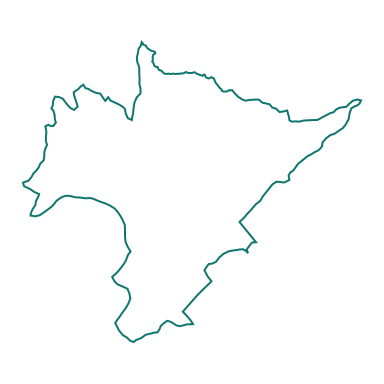 Ainamoi, Rift Valley, Kenya
{"feature_id": "3690345B54801368411234", "entity_name": "Ainamoi", "entity_type": "district", "adm_level": 2, "iso_a3": "KEN", "parent_name": "Kenya", "parent_adm1": "Rift Valley", "projection": "natural_earth1", "projection_center": [35.277, -0.312], "detail": "fine", "context": "isolated", "style": "outline", "palette": "teal", "viewbox_px": 384, "rotation_deg": 0, "n_neighbors": 0, "source": "geoboundaries", "source_scale": "gbopen_adm2", "svg_char_len": 4568}
<svg xmlns="http://www.w3.org/2000/svg" viewBox="0 0 384 384"><path d="M238.1,96.8L234.8,93.4L232.1,90.1L231.0,90.4L229.3,90.1L227.5,91.3L225.6,91.6L224.1,91.5L222.9,91.4L221.8,90.7L221.3,89.0L219.6,87.9L218.6,86.3L217.7,85.2L216.8,84.2L215.7,82.8L215.1,81.7L214.7,80.6L214.3,79.4L213.6,78.3L212.7,77.8L211.2,77.2L209.7,78.1L208.3,78.4L206.1,77.4L205.4,76.5L205.0,75.0L204.1,74.5L202.5,75.8L201.1,75.2L200.0,75.1L198.6,74.3L196.4,73.6L195.1,72.4L193.9,72.3L192.5,72.9L190.7,73.0L189.0,73.0L187.5,72.7L186.0,72.0L184.7,72.8L183.0,73.4L181.0,73.5L179.5,73.7L178.1,73.9L176.3,73.8L174.8,74.0L173.6,73.7L172.3,73.7L171.1,74.0L169.9,73.9L168.7,73.6L166.2,74.0L165.2,73.7L163.9,73.4L162.8,72.2L161.0,70.4L159.9,70.4L158.9,69.8L158.3,68.7L157.6,66.9L156.3,67.0L154.5,65.9L153.8,64.2L153.1,62.4L152.2,61.6L152.8,60.2L152.7,58.3L152.7,56.6L153.2,54.8L154.0,54.0L155.3,53.5L155.0,52.0L153.5,51.3L152.0,51.1L150.8,50.5L149.5,49.7L147.3,48.1L145.8,45.6L144.5,45.0L143.3,44.7L142.8,43.3L141.7,42.1L140.8,45.7L138.5,48.9L138.0,52.8L136.8,57.6L137.3,61.9L139.2,67.4L139.3,74.1L139.6,79.5L139.4,84.1L140.5,88.3L140.5,93.4L136.8,97.3L134.7,102.0L134.4,103.2L133.8,106.3L133.6,108.2L133.3,110.8L133.2,112.6L132.6,115.6L132.1,117.7L131.8,120.0L127.8,118.1L125.7,113.4L125.0,109.4L123.9,107.9L123.0,107.0L119.5,104.8L115.3,102.7L110.4,100.5L108.2,97.2L105.3,100.9L102.6,97.2L100.4,93.7L95.9,92.8L91.3,90.8L88.2,88.8L85.4,88.2L83.4,84.7L80.9,86.3L78.2,89.2L73.7,92.2L74.4,96.6L75.9,100.7L77.7,106.6L74.0,109.9L70.8,108.3L68.0,105.5L65.5,102.4L62.8,98.7L59.4,97.2L55.1,96.6L53.1,101.2L52.7,105.8L51.4,108.5L53.5,110.9L54.6,115.2L54.9,119.6L55.9,122.7L53.1,126.1L49.8,125.7L48.3,124.8L45.3,126.3L46.4,131.9L45.9,137.3L45.9,141.0L47.0,145.0L45.2,149.0L44.3,152.3L44.3,153.6L44.3,155.6L43.7,160.3L40.4,163.5L38.6,167.6L36.5,170.3L35.3,171.6L33.5,173.3L31.7,176.7L28.6,180.6L27.7,181.0L24.3,182.1L23.0,182.6L23.9,185.8L25.1,186.7L26.3,187.3L30.2,189.1L34.1,191.9L39.2,194.1L38.6,195.8L37.8,197.6L36.0,201.1L35.3,205.1L32.7,209.1L31.3,212.1L30.7,214.0L30.5,215.5L35.3,216.3L39.7,215.2L43.9,212.4L47.5,209.8L50.8,207.3L53.9,204.3L56.0,201.4L57.3,200.2L58.5,199.3L61.6,197.2L65.0,196.0L67.1,195.7L68.2,195.8L72.1,196.4L73.5,196.8L75.1,197.3L77.8,197.4L79.5,197.5L81.4,197.7L85.3,198.3L90.3,198.0L93.7,198.9L96.2,200.1L99.0,201.2L100.9,201.9L105.7,203.6L110.1,205.6L114.5,208.4L117.7,211.9L120.7,216.4L122.7,220.2L124.8,225.1L125.0,231.6L125.0,236.3L125.5,241.7L127.7,246.8L130.6,251.6L128.1,254.6L127.2,256.9L126.1,260.0L125.4,261.3L123.4,264.7L121.3,267.4L120.3,268.7L118.3,271.1L117.6,271.9L115.3,274.2L112.2,276.9L114.1,280.7L117.3,284.2L127.4,288.7L129.3,293.1L130.3,298.5L129.0,302.2L127.4,305.3L125.1,309.0L122.0,313.2L119.2,317.4L118.1,318.8L117.0,320.3L115.2,323.0L116.9,326.2L118.9,330.3L122.8,335.1L126.7,337.4L130.5,341.0L134.0,341.9L136.2,339.9L139.7,338.7L141.3,337.9L142.7,337.0L145.6,334.8L149.9,333.8L154.1,332.6L157.3,332.4L158.2,331.4L159.4,329.5L160.9,325.8L164.0,323.1L167.2,320.8L170.4,321.7L173.7,323.6L176.6,325.5L180.1,326.2L183.4,325.3L186.8,324.4L190.0,324.3L191.8,324.2L193.0,324.1L190.8,320.5L189.1,318.5L185.7,314.6L182.8,311.7L197.7,294.8L205.0,287.6L211.5,281.3L207.7,276.5L204.5,270.4L205.8,268.1L206.4,267.1L208.8,264.0L212.1,263.6L215.8,262.0L219.6,257.2L223.5,253.8L226.9,252.2L228.0,251.5L232.8,250.5L233.9,250.4L237.7,249.9L238.7,249.6L243.2,249.2L246.5,251.5L248.0,253.2L246.7,249.3L248.9,246.6L249.6,245.5L252.1,242.5L256.0,242.2L239.5,222.0L244.6,217.1L247.3,213.8L251.4,209.6L252.2,208.4L256.4,203.7L257.5,203.0L260.5,200.5L262.9,196.3L265.1,193.6L268.4,189.4L272.5,184.3L276.6,181.7L280.0,181.9L281.2,182.1L283.5,182.5L284.8,182.3L286.6,181.4L289.4,179.9L288.6,175.6L290.2,172.5L293.0,170.8L295.0,168.2L297.9,164.0L302.8,160.0L307.2,156.4L311.5,154.2L313.1,153.1L314.5,152.2L317.8,150.7L320.1,148.7L321.9,146.5L322.7,142.1L326.1,138.3L330.4,135.0L333.8,134.1L335.2,133.3L338.9,130.7L342.8,128.2L345.5,124.8L348.6,119.2L349.7,112.8L351.4,108.3L354.8,106.3L357.1,105.5L359.4,103.8L361.0,100.4L357.1,99.5L355.9,99.9L352.9,100.7L350.6,102.7L349.1,103.9L346.1,106.9L342.6,107.3L340.4,107.6L339.3,107.9L336.2,109.4L333.9,112.0L329.7,113.4L325.9,115.4L324.3,116.2L322.5,117.2L320.8,118.2L317.5,119.9L313.1,120.1L312.0,120.1L308.0,120.3L304.0,120.5L302.8,120.7L300.4,121.4L299.3,121.6L295.8,121.4L294.6,121.4L292.2,121.7L289.5,120.4L288.7,115.9L287.1,110.5L282.9,111.6L279.4,112.0L276.2,108.7L272.3,107.6L269.6,104.3L265.8,103.4L262.4,102.7L258.8,99.6L255.2,99.6L250.1,99.9L245.4,100.7L241.8,99.2L238.1,96.8Z" fill="none" stroke="#0f766e" stroke-width="2"/></svg>